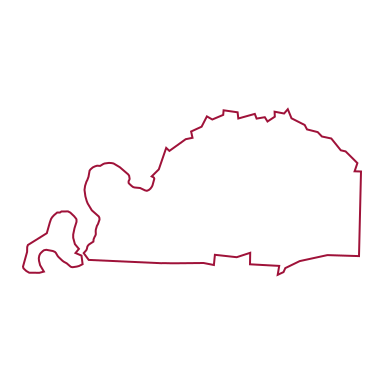 the district of Tipton, Tennessee, United States of America
{"feature_id": "52423323B95439935659374", "entity_name": "Tipton", "entity_type": "district", "adm_level": 2, "iso_a3": "USA", "parent_name": "United States of America", "parent_adm1": "Tennessee", "projection": "natural_earth1", "projection_center": [-89.94, 35.512], "detail": "fine", "context": "isolated", "style": "outline", "palette": "rose", "viewbox_px": 384, "rotation_deg": 0, "n_neighbors": 0, "source": "geoboundaries", "source_scale": "gbopen_adm2", "svg_char_len": 2032}
<svg xmlns="http://www.w3.org/2000/svg" viewBox="0 0 384 384"><path d="M359.0,256.1L361.0,171.5L354.6,171.3L357.4,163.1L345.6,151.4L340.8,150.3L331.3,138.5L321.9,136.5L317.7,132.1L307.0,129.4L304.7,125.0L291.5,118.3L287.8,109.2L284.1,113.5L274.6,111.7L274.8,116.7L267.5,121.5L264.8,117.2L256.6,118.6L254.8,113.9L238.3,118.5L237.6,112.3L223.6,110.3L223.2,114.9L212.3,119.5L206.9,116.4L201.6,126.7L191.1,131.5L192.5,137.8L185.7,139.2L169.4,150.9L166.2,147.9L158.8,169.4L151.7,176.4L151.9,176.5L153.5,177.3L154.0,177.9L154.3,178.8L152.5,185.4L151.8,186.8L150.4,188.7L148.8,190.0L146.9,190.8L145.1,190.4L140.1,188.0L134.7,187.5L133.2,187.1L131.7,186.0L129.3,183.8L128.6,182.9L128.6,181.2L129.5,179.4L129.6,178.6L129.1,175.7L128.2,174.4L119.8,167.2L113.6,163.5L111.8,163.1L109.0,162.9L104.5,163.5L103.1,164.1L100.2,165.9L97.1,165.7L94.9,166.4L92.8,167.4L90.6,169.3L89.6,170.6L88.5,176.8L87.2,180.3L86.5,181.5L85.1,185.8L84.5,189.9L85.4,196.4L86.7,201.0L87.7,203.5L91.8,210.3L98.8,216.5L99.4,217.9L99.5,219.7L98.0,224.0L96.9,225.9L95.8,229.7L95.7,231.4L95.8,234.2L95.4,235.5L94.5,237.1L93.6,239.3L93.4,241.6L89.1,244.4L88.2,245.3L87.4,246.5L86.9,248.8L86.3,250.2L83.7,253.1L88.7,259.9L161.2,263.2L163.7,263.1L172.6,263.3L203.6,263.0L213.9,265.0L214.9,254.8L236.7,257.2L250.2,252.8L250.0,264.3L279.2,265.9L277.7,274.8L283.5,272.1L285.3,268.1L299.7,261.1L327.4,255.1L359.0,256.1ZM81.5,255.6L75.5,253.0L78.9,248.9L74.9,244.1L73.2,237.8L73.2,234.5L74.5,228.2L76.5,221.9L76.5,219.7L76.2,218.8L74.1,216.2L70.3,212.6L68.0,211.4L61.4,211.5L60.0,212.5L57.2,212.5L54.0,215.2L52.1,217.3L51.0,219.1L49.8,222.6L46.8,233.2L41.7,236.4L27.9,245.0L27.2,247.0L27.1,251.9L23.0,266.6L23.5,268.4L26.3,271.0L29.2,272.7L39.4,272.8L43.9,271.6L40.1,265.2L39.0,260.8L38.8,258.2L39.3,255.6L40.1,253.9L41.0,252.8L42.8,251.1L44.1,250.2L46.3,249.8L52.8,251.0L54.9,251.9L55.8,252.8L57.6,255.9L58.5,257.0L62.4,260.7L63.9,261.8L66.7,263.3L70.4,266.5L71.3,267.0L72.7,267.2L76.7,266.6L79.0,266.0L82.6,264.2L81.5,255.6Z" fill="none" stroke="#9f1239" stroke-width="2"/></svg>